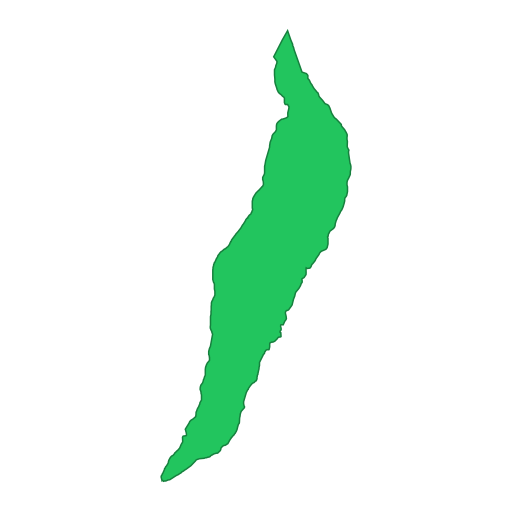 outline of Poas, Alajuela, Costa Rica
{"feature_id": "36466004B26047404335903", "entity_name": "Poas", "entity_type": "district", "adm_level": 2, "iso_a3": "CRI", "parent_name": "Costa Rica", "parent_adm1": "Alajuela", "projection": "equal_earth", "projection_center": [-84.237, 10.106], "detail": "fine", "context": "isolated", "style": "filled", "palette": "green", "viewbox_px": 512, "rotation_deg": 0, "n_neighbors": 0, "source": "geoboundaries", "source_scale": "gbopen_adm2", "svg_char_len": 6088}
<svg xmlns="http://www.w3.org/2000/svg" viewBox="0 0 512 512"><path d="M287.6,30.7L282.5,39.6L273.7,56.8L277.0,61.4L276.8,63.3L275.9,65.5L275.5,67.5L274.5,69.7L274.5,75.0L274.9,79.1L274.9,82.1L275.2,82.7L275.2,83.5L276.9,88.6L277.0,89.3L278.3,92.1L279.3,93.3L281.5,95.0L282.3,96.0L284.1,97.4L284.4,98.2L284.4,102.5L285.0,104.1L285.4,104.5L287.6,104.5L289.0,106.9L288.8,108.6L287.8,112.8L287.8,115.3L288.0,116.4L287.2,117.3L286.0,118.0L282.7,119.1L281.6,119.2L278.6,121.5L277.7,122.5L277.0,123.4L276.6,124.5L276.4,126.0L276.4,129.7L276.2,130.3L275.3,131.8L273.1,134.1L272.2,135.6L271.7,138.4L270.2,142.1L269.6,145.8L269.6,147.2L265.7,160.5L265.0,164.7L264.6,166.3L264.6,172.4L264.4,174.1L262.7,177.4L262.7,179.9L263.0,180.2L263.2,181.1L263.4,182.9L263.4,184.7L262.5,186.5L262.1,186.6L261.3,187.6L260.2,188.7L259.4,189.9L259.0,190.0L256.0,193.0L254.0,196.2L253.9,196.7L253.5,197.0L252.8,198.7L252.6,200.4L252.3,200.9L252.3,208.2L252.6,208.7L252.6,209.9L251.9,211.4L251.9,212.0L251.3,212.7L251.0,213.8L249.1,215.4L247.7,217.5L247.7,218.1L246.9,218.3L245.9,219.6L245.1,221.3L243.0,224.6L242.6,224.9L240.8,228.1L238.8,230.6L238.6,231.0L235.5,234.5L235.4,235.1L234.3,236.2L233.8,237.1L233.4,237.4L233.2,237.9L232.5,238.6L232.0,239.6L231.6,239.9L231.1,241.4L230.7,241.6L230.6,242.2L230.3,242.4L229.5,244.4L227.9,246.7L226.7,247.5L225.5,248.7L225.1,248.7L224.7,249.1L223.9,249.4L223.3,250.2L222.9,250.3L222.6,250.7L221.5,251.5L221.1,251.6L219.5,253.4L219.3,253.9L218.2,255.2L217.7,256.1L217.7,256.7L216.3,258.8L216.2,259.4L215.9,259.8L215.5,260.8L214.8,262.3L214.4,262.5L214.4,263.1L213.7,264.4L213.5,266.1L213.3,266.4L213.0,267.6L213.0,268.8L212.8,269.7L212.8,279.5L213.6,282.4L214.2,283.2L214.2,283.8L214.4,284.1L214.4,289.0L214.9,291.4L214.9,295.1L213.9,297.4L213.3,298.1L212.8,299.7L211.9,301.3L211.4,302.9L211.4,305.4L211.2,305.9L211.2,310.2L211.0,311.3L211.0,314.3L210.5,316.6L210.5,325.2L210.3,326.3L210.3,328.1L211.0,330.0L211.9,331.8L211.9,332.4L212.6,334.2L210.4,346.4L209.5,348.3L208.7,351.4L208.7,354.5L209.3,355.8L209.3,357.0L209.5,357.2L209.5,360.4L207.4,362.9L206.2,365.3L206.2,365.7L205.6,367.1L205.3,369.3L205.3,375.2L204.4,377.1L204.1,378.5L203.5,379.6L203.1,381.5L202.5,383.0L200.9,385.1L200.3,387.0L200.1,389.3L201.0,391.9L201.0,393.1L201.5,394.9L201.5,400.0L200.0,402.6L199.7,404.3L199.3,404.9L199.0,406.0L198.8,406.1L198.5,407.0L197.9,407.9L197.2,409.3L196.9,410.4L196.1,412.2L196.0,414.5L195.7,416.6L193.0,419.0L191.0,420.2L190.2,421.0L189.5,422.0L189.2,422.9L185.3,429.2L186.3,432.9L186.5,435.2L186.1,435.7L183.2,436.1L182.8,436.7L182.5,437.3L182.7,441.9L181.2,444.4L179.7,448.0L178.0,450.0L176.6,451.2L175.5,452.4L175.0,452.7L174.3,453.9L173.1,455.3L171.6,456.1L170.4,457.4L168.9,460.1L168.5,461.3L168.2,463.1L166.5,465.9L165.6,466.9L164.9,468.5L164.6,468.6L164.3,470.0L163.5,471.6L163.2,472.6L162.4,473.7L162.3,474.4L161.4,475.7L161.1,476.9L162.0,480.6L162.2,480.4L162.7,480.4L163.5,481.3L164.4,481.0L165.8,481.0L168.0,480.0L169.8,479.7L176.3,475.5L178.7,474.4L179.0,474.0L181.1,472.8L181.6,472.1L183.7,470.9L184.4,470.2L185.7,469.5L190.9,465.7L195.5,460.9L196.0,460.1L196.8,459.6L199.5,458.7L204.0,458.3L205.7,457.7L206.7,457.7L208.0,457.1L208.9,457.1L210.2,456.5L210.4,456.0L212.0,454.9L212.4,454.9L213.6,454.0L216.3,453.2L217.7,453.1L220.2,450.7L220.7,449.7L220.9,448.2L222.5,446.3L224.0,445.4L224.9,445.4L226.1,444.8L226.7,444.2L227.6,443.9L228.1,443.2L229.6,440.4L230.6,438.8L231.0,438.5L231.1,437.9L232.1,437.0L232.3,436.5L234.0,434.9L234.4,434.1L235.3,433.1L235.5,432.5L236.1,431.7L237.0,429.6L237.5,427.6L237.5,427.0L237.8,426.7L237.8,426.1L238.2,425.1L238.3,424.5L239.2,423.3L239.4,422.4L239.6,418.2L239.9,416.5L240.1,416.0L240.1,414.8L240.3,414.3L240.3,413.7L240.5,413.4L241.0,411.8L241.5,411.0L244.4,407.7L244.5,406.6L244.0,405.8L243.6,403.5L243.6,401.7L246.3,392.5L247.8,389.6L248.2,389.4L248.5,388.3L250.4,385.6L252.4,383.3L254.1,382.5L255.4,381.1L256.2,380.8L256.4,380.5L256.5,379.9L257.0,378.9L257.0,377.1L257.2,376.6L257.3,375.4L257.9,374.3L257.9,373.7L258.7,369.9L259.0,368.9L259.0,367.7L259.5,365.5L259.5,362.4L263.1,355.2L263.2,354.7L264.4,353.5L264.8,351.8L265.3,351.3L265.8,350.4L266.8,349.7L268.9,349.7L269.1,349.4L269.7,346.9L269.7,343.6L269.9,343.0L271.6,342.1L272.9,342.1L274.8,341.2L277.2,338.8L278.0,337.6L278.8,337.1L280.3,337.0L281.0,336.6L281.0,335.7L280.8,332.7L280.1,332.3L280.0,332.1L280.1,331.1L280.7,330.5L281.1,329.8L281.1,328.3L280.6,326.4L280.7,325.2L281.0,324.7L283.2,324.8L284.7,321.4L286.0,319.6L286.4,318.6L286.1,316.2L285.4,313.2L285.4,312.4L285.7,311.6L286.3,310.7L286.9,310.4L287.7,310.4L288.7,309.7L290.9,306.7L292.1,304.9L293.5,299.2L294.8,295.9L295.0,294.7L295.5,292.8L296.0,291.9L298.9,288.4L300.5,285.6L301.3,283.4L302.0,282.6L302.2,281.9L302.1,280.4L301.9,279.7L302.0,278.8L304.1,277.5L306.0,274.6L306.1,272.7L306.0,269.2L306.2,267.9L307.1,268.5L309.9,268.1L310.8,267.0L311.2,266.2L311.8,264.5L312.6,263.8L314.8,261.1L315.5,259.9L315.9,258.8L318.9,254.6L319.8,252.7L321.3,251.3L325.9,249.3L327.1,247.7L328.0,244.0L328.0,238.2L327.7,237.7L327.6,236.7L328.0,236.5L328.5,233.8L328.9,233.4L329.9,231.2L333.6,228.4L334.7,226.8L335.1,225.4L335.2,223.9L336.2,220.5L336.8,219.3L337.3,217.8L340.0,212.9L340.5,211.6L341.7,210.0L342.3,208.7L343.1,206.8L344.1,203.4L344.7,200.9L344.7,198.9L345.1,197.7L345.9,196.8L346.7,195.5L347.5,191.6L347.5,186.8L347.0,185.0L347.0,182.7L347.2,181.3L347.8,179.6L348.4,178.7L350.1,174.9L350.3,174.0L350.3,171.7L350.8,169.3L350.9,168.1L350.9,166.3L350.5,164.4L350.0,163.1L348.6,153.5L348.5,151.8L348.9,150.1L347.9,148.5L347.2,146.6L347.4,141.4L347.0,139.4L347.0,137.2L347.2,135.9L347.1,134.4L346.0,132.1L345.4,131.2L344.7,129.8L341.7,126.3L341.3,125.2L341.3,124.4L336.3,119.1L334.8,118.0L333.8,116.8L331.6,113.1L329.9,108.1L328.6,105.5L327.4,104.6L325.3,103.8L324.8,103.4L322.6,100.4L319.4,96.9L318.9,96.0L318.5,94.4L317.9,92.8L316.7,91.9L316.2,91.1L314.0,88.5L312.4,85.8L311.9,84.7L310.8,83.4L309.3,80.1L307.8,78.4L307.9,75.9L307.8,75.3L307.0,74.3L306.4,73.6L302.0,72.1L294.1,49.7L293.6,47.6L292.7,45.6L292.6,44.2L290.8,40.0L287.6,30.7Z" fill="#22c55e" stroke="#15803d" stroke-width="1.5"/></svg>